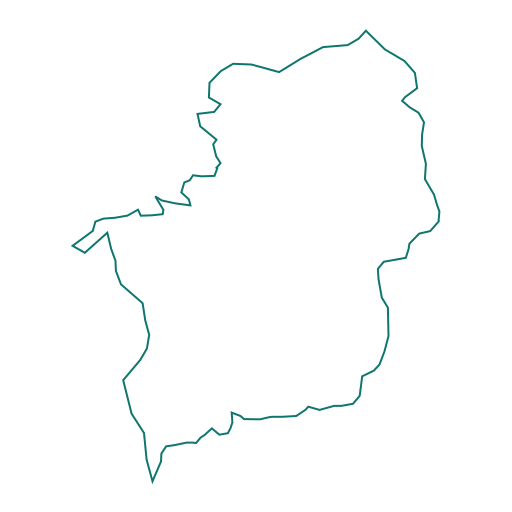 the district of Alektora, Limassol, Cyprus
{"feature_id": "46923920B57894540392613", "entity_name": "Alektora", "entity_type": "district", "adm_level": 2, "iso_a3": "CYP", "parent_name": "Cyprus", "parent_adm1": "Limassol", "projection": "albers", "projection_center": [32.666, 34.7], "detail": "fine", "context": "isolated", "style": "outline", "palette": "teal", "viewbox_px": 512, "rotation_deg": 0, "n_neighbors": 0, "source": "geoboundaries", "source_scale": "gbopen_adm2", "svg_char_len": 1594}
<svg xmlns="http://www.w3.org/2000/svg" viewBox="0 0 512 512"><path d="M152.5,481.3L161.0,461.5L161.4,453.5L166.2,446.3L174.2,445.2L186.6,442.6L192.4,442.6L196.1,443.0L200.5,437.7L204.7,434.9L211.8,428.4L219.4,434.7L227.9,433.2L230.6,427.9L232.4,422.4L231.7,412.6L240.5,416.0L244.0,419.1L260.1,419.3L269.1,417.2L272.0,416.8L282.0,416.8L296.2,416.0L305.4,409.9L308.3,406.7L319.6,409.9L334.0,405.9L341.1,405.9L353.0,403.8L359.7,395.8L361.0,385.7L362.2,376.3L373.9,370.6L379.5,364.5L384.5,351.3L388.5,336.0L387.9,307.7L381.8,297.6L378.5,279.0L377.9,268.9L383.7,261.8L405.8,257.8L408.5,249.4L409.4,243.7L419.2,233.6L430.2,231.1L438.8,221.3L438.6,220.4L439.4,211.5L437.0,204.8L434.0,194.6L424.9,179.1L425.9,163.8L421.8,146.1L422.1,134.5L424.0,122.3L418.5,112.7L409.7,107.3L402.1,100.8L405.2,97.0L417.1,88.2L414.9,72.9L404.5,61.0L385.0,49.5L370.0,34.8L365.9,30.7L358.6,38.7L347.6,45.1L323.0,47.1L300.7,58.8L279.1,72.1L251.4,64.5L233.1,63.8L220.8,71.1L209.5,82.8L208.9,97.5L220.5,104.2L214.2,111.9L197.5,113.9L200.2,126.3L216.5,139.7L213.2,144.3L216.2,156.4L220.5,163.1L216.5,167.7L217.3,168.2L214.5,175.9L201.5,176.3L193.0,175.3L189.8,180.2L184.3,182.5L181.3,192.4L188.9,199.4L190.4,205.4L174.9,203.3L161.9,200.5L155.3,196.4L163.4,209.9L162.7,214.2L151.9,215.3L140.8,215.7L138.0,209.7L127.5,215.6L114.8,217.8L103.5,218.6L95.4,221.6L92.8,230.9L72.6,245.8L84.8,252.8L107.3,232.7L111.2,249.0L115.5,260.8L115.9,270.9L121.0,284.4L142.6,303.2L145.3,320.6L149.2,334.9L146.9,348.6L140.2,360.0L123.2,380.2L131.6,413.7L144.0,433.0L146.6,459.6L152.5,481.3Z" fill="none" stroke="#0f766e" stroke-width="2"/></svg>